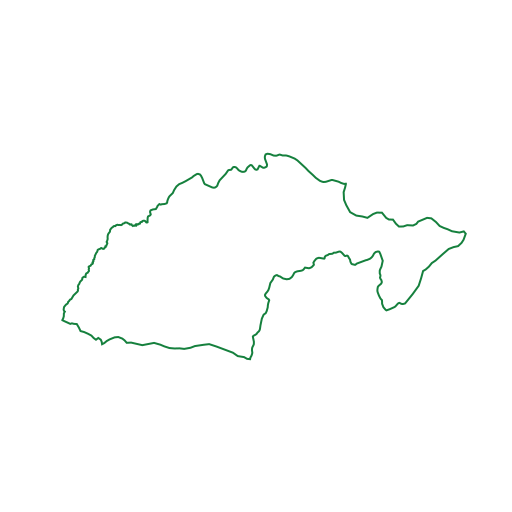 Guatapé, Antioquia, Colombia (orthographic projection), rotated 69°
{"feature_id": "7082276B10877531566234", "entity_name": "Guatapé", "entity_type": "district", "adm_level": 2, "iso_a3": "COL", "parent_name": "Colombia", "parent_adm1": "Antioquia", "projection": "orthographic", "projection_center": [-75.163, 6.253], "detail": "fine", "context": "isolated", "style": "outline", "palette": "green", "viewbox_px": 512, "rotation_deg": 69, "n_neighbors": 0, "source": "geoboundaries", "source_scale": "gbopen_adm2", "svg_char_len": 6131}
<svg xmlns="http://www.w3.org/2000/svg" viewBox="0 0 512 512"><g transform="rotate(69 256 256)"><path d="M353.7,133.8L347.7,123.4L342.1,114.8L335.9,109.8L329.9,105.4L329.4,102.4L327.9,98.4L325.6,94.4L324.6,90.0L321.1,80.8L318.5,73.6L318.5,68.3L319.2,63.8L317.4,59.4L315.2,56.4L310.4,52.2L307.5,53.2L307.0,57.7L303.1,64.2L299.7,67.5L297.0,70.7L293.8,73.8L288.8,75.8L283.7,78.8L281.7,82.6L282.0,92.3L283.5,94.8L283.8,98.5L281.4,103.8L281.2,108.0L279.7,112.0L276.0,113.8L271.1,115.1L269.6,118.8L267.1,120.8L260.7,122.9L258.8,127.6L258.8,131.6L260.3,138.3L257.2,142.6L254.2,147.9L248.8,152.4L240.9,153.5L235.2,153.7L227.8,151.3L224.0,148.3L220.9,146.2L220.7,146.2L220.4,147.6L220.0,148.3L218.2,150.5L216.6,151.9L215.9,152.7L212.5,157.3L212.1,158.2L211.8,163.7L211.6,164.9L211.0,166.7L210.1,167.9L208.7,169.4L204.4,172.2L200.7,173.9L195.4,176.6L191.7,178.1L183.4,182.2L181.6,183.1L178.9,185.0L175.0,189.1L173.3,191.3L172.7,192.4L171.7,195.1L169.8,197.5L169.7,198.3L169.7,200.8L169.3,202.0L168.5,203.6L166.1,206.1L164.7,208.5L164.6,209.3L164.6,210.6L166.0,211.9L167.3,212.5L168.6,212.8L174.5,212.9L175.9,213.6L176.4,214.2L176.6,216.3L176.4,217.2L176.0,217.9L173.1,220.2L173.0,220.5L175.7,223.5L175.7,224.6L175.0,225.6L174.3,226.0L169.9,227.4L169.2,228.2L169.2,229.2L170.3,232.2L171.2,233.4L172.5,234.7L172.9,235.3L173.1,236.1L173.1,236.9L172.7,238.2L172.1,239.3L170.4,240.9L169.3,241.6L167.5,242.2L166.0,243.0L165.2,244.1L164.9,245.1L165.0,245.8L166.5,248.1L166.5,248.6L166.0,250.5L166.1,251.4L168.5,254.9L172.3,262.8L174.2,265.0L176.5,267.0L177.1,268.2L177.4,269.9L177.0,271.2L176.2,272.4L170.6,278.0L169.4,278.3L163.8,278.3L161.2,278.6L160.5,278.9L159.8,279.1L158.6,280.6L158.3,281.5L158.4,282.5L159.0,285.7L159.7,287.4L160.9,294.8L161.3,298.5L161.4,302.0L162.6,305.4L165.1,308.8L167.4,311.1L169.1,315.1L169.9,316.3L171.6,318.0L173.1,319.2L174.1,319.7L174.8,320.5L174.7,322.7L173.9,325.4L173.9,326.5L172.9,327.6L174.0,330.0L174.8,330.7L176.3,332.7L175.6,335.5L175.6,338.0L176.3,338.8L177.2,339.2L179.0,339.3L179.5,339.4L180.1,340.2L180.4,342.6L180.6,342.8L181.6,343.5L184.6,344.8L185.5,345.0L185.7,345.3L185.6,346.0L185.3,346.4L183.8,346.9L183.2,347.4L182.9,347.9L182.7,348.7L182.7,349.6L183.3,350.3L183.0,351.7L183.3,352.1L184.1,352.6L184.2,352.8L183.9,353.4L183.9,353.8L184.3,354.2L184.3,354.7L183.7,355.5L183.5,356.1L183.7,356.3L184.5,356.5L184.8,357.0L184.6,357.3L183.8,357.5L184.3,358.2L184.2,358.7L183.8,359.1L183.9,360.2L182.7,360.8L181.8,360.9L181.6,361.4L181.6,362.3L180.6,362.7L180.3,363.2L178.7,364.4L177.9,365.8L177.8,366.1L178.2,366.9L178.1,368.8L178.8,370.1L178.8,370.9L178.1,372.3L177.7,373.5L177.2,374.1L177.1,375.5L177.7,376.5L177.6,377.0L177.2,377.5L177.2,378.4L177.6,379.0L178.0,380.7L179.2,382.7L181.0,383.7L182.0,385.4L182.8,386.4L184.1,387.3L185.2,387.8L187.0,388.4L188.6,389.6L189.3,390.4L189.9,390.4L190.3,390.2L191.0,390.3L192.1,391.5L192.9,392.1L192.9,393.0L193.8,393.3L193.8,394.2L194.5,394.8L194.7,395.2L194.6,396.2L193.1,397.6L193.1,398.1L193.4,398.7L193.4,400.8L193.6,401.6L195.2,402.8L195.7,403.8L198.1,406.4L199.3,406.9L200.2,407.9L201.0,408.1L201.3,408.6L201.5,409.5L202.7,409.7L203.1,410.6L203.5,411.0L203.8,410.9L204.0,410.7L204.2,410.8L204.8,411.5L204.9,412.8L205.8,413.9L205.9,415.7L206.1,416.1L206.7,416.3L207.7,416.3L208.6,417.0L209.9,417.2L210.3,417.5L210.7,418.4L211.3,419.1L211.4,420.5L211.6,420.9L212.6,421.8L214.5,422.7L213.7,424.0L213.8,424.7L214.3,426.0L215.8,426.8L216.9,429.2L217.5,430.0L218.7,431.0L219.3,432.1L220.6,433.2L222.6,433.5L223.6,434.4L224.5,434.6L225.2,435.3L227.4,440.5L230.0,443.8L230.1,445.3L231.1,446.7L231.5,447.8L232.3,448.3L232.9,449.1L233.3,450.8L234.7,453.3L235.5,453.9L237.1,454.8L238.2,454.9L238.8,454.8L239.4,454.4L240.7,455.9L243.5,457.1L245.3,458.5L246.2,459.6L246.6,459.8L252.8,453.7L252.9,452.0L254.1,450.3L255.3,447.7L259.3,447.0L263.2,446.7L265.4,443.7L268.4,440.7L271.3,438.2L274.5,436.9L276.8,435.4L276.0,432.6L278.5,430.9L280.7,430.8L283.2,431.3L282.9,428.8L281.9,425.9L281.4,422.6L281.3,417.1L282.3,413.6L285.2,410.4L287.7,408.9L290.7,407.8L292.1,403.6L298.5,394.1L300.6,382.3L304.5,377.1L307.5,374.0L310.9,369.8L313.1,365.3L314.8,360.5L317.0,356.3L318.2,350.0L318.2,345.3L320.1,336.8L321.5,331.3L326.4,325.3L338.0,312.2L342.9,308.9L346.1,303.4L348.8,301.2L350.2,298.5L348.9,297.7L347.4,295.9L345.8,294.6L345.0,294.1L342.4,293.5L340.9,292.8L340.0,292.2L338.4,290.4L337.5,289.6L335.3,288.7L331.0,288.0L330.1,287.8L329.6,287.0L329.3,284.7L329.0,283.5L328.0,282.0L327.4,280.4L326.7,279.4L325.6,278.5L322.2,276.6L316.6,273.0L313.6,270.0L313.3,269.3L312.9,267.5L311.3,265.8L308.2,263.5L306.3,262.6L304.5,261.5L302.0,259.5L301.0,259.7L299.2,261.0L298.1,261.4L296.5,261.8L295.6,261.6L294.6,260.5L293.3,258.1L292.1,256.5L290.3,255.0L286.4,252.3L284.0,248.7L281.9,246.8L281.4,245.8L281.2,244.1L281.3,243.4L281.7,242.9L282.7,242.3L283.7,240.9L286.5,238.9L287.0,238.3L288.7,235.7L289.3,233.2L289.1,232.0L288.4,229.9L287.0,228.0L285.6,226.5L285.1,225.2L285.1,223.0L285.9,219.3L286.0,217.7L285.7,216.6L284.4,214.4L286.4,211.0L286.5,210.1L286.4,208.1L285.2,205.5L284.9,205.1L282.8,204.8L281.6,203.3L280.2,200.8L280.1,200.3L280.1,198.5L280.6,197.2L282.6,193.9L282.9,193.1L282.5,192.6L281.6,192.2L281.0,191.3L280.8,190.6L280.8,188.5L280.4,187.0L281.2,184.2L281.2,183.5L280.8,182.2L281.5,180.3L281.6,177.3L281.9,176.0L282.5,175.4L283.9,174.6L287.6,173.2L288.1,172.5L288.2,170.9L289.0,170.2L291.4,169.9L293.0,169.5L295.2,169.9L297.3,169.7L298.0,169.3L299.7,166.8L299.8,166.4L299.2,164.6L299.3,155.0L299.5,153.6L299.4,150.6L298.9,149.0L298.5,148.1L297.7,146.8L296.1,145.0L295.4,143.5L295.2,142.8L295.4,140.8L295.9,139.7L296.3,139.4L298.7,139.2L305.9,139.4L310.9,142.7L313.0,144.9L314.0,145.7L315.2,146.2L316.6,146.7L318.5,146.7L319.4,147.1L320.7,148.0L321.8,148.0L323.5,147.6L325.1,147.8L325.8,148.1L326.7,149.1L327.9,152.4L328.6,153.4L330.5,154.5L332.1,155.2L333.6,155.4L337.0,155.4L339.9,155.1L341.1,154.8L342.1,154.3L342.5,154.3L343.9,154.7L345.8,155.4L349.5,155.4L352.6,154.3L353.5,153.7L353.6,150.2L353.3,145.0L353.0,143.9L351.3,140.6L351.1,139.7L351.2,138.8L352.3,137.9L353.2,136.8L353.6,135.4L353.7,133.8Z" fill="none" stroke="#15803d" stroke-width="2"/></g></svg>